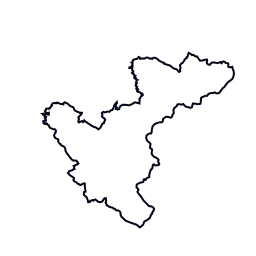 the district of Dungu, Orientale, Democratic Republic of the Congo, rotated 107°
{"feature_id": "63176286B6974395638231", "entity_name": "Dungu", "entity_type": "district", "adm_level": 2, "iso_a3": "COD", "parent_name": "Democratic Republic of the Congo", "parent_adm1": "Orientale", "projection": "robinson", "projection_center": [28.274, 4.004], "detail": "fine", "context": "isolated", "style": "outline", "palette": "ink", "viewbox_px": 256, "rotation_deg": 107, "n_neighbors": 0, "source": "geoboundaries", "source_scale": "gbopen_adm2", "svg_char_len": 5805}
<svg xmlns="http://www.w3.org/2000/svg" viewBox="0 0 256 256"><g transform="rotate(107 128 128)"><path d="M56.9,138.5L59.0,139.4L61.2,142.9L62.2,142.9L62.7,143.2L63.9,142.8L64.4,143.6L65.0,142.5L66.4,142.2L66.6,142.4L67.0,141.8L68.0,141.7L68.3,142.7L68.7,142.8L69.3,143.9L69.7,144.4L70.2,144.3L69.7,142.6L69.2,142.1L69.7,141.7L69.8,141.3L71.4,140.9L72.0,139.7L72.5,140.0L73.1,139.6L73.6,139.9L73.8,139.5L74.2,140.1L74.8,139.2L74.5,138.5L75.7,137.6L76.1,136.8L76.0,136.3L76.8,136.5L77.2,135.9L77.7,136.8L78.5,136.4L78.5,135.8L78.8,135.5L78.6,134.9L79.2,133.9L79.3,133.2L79.8,133.8L81.6,133.6L81.8,133.2L82.1,133.5L82.8,132.8L83.8,133.3L84.3,132.7L85.0,132.6L85.2,132.9L85.9,132.2L86.1,131.3L88.0,131.6L88.2,131.3L87.5,130.7L87.8,130.1L88.0,130.4L88.4,130.2L89.0,130.5L89.6,129.8L90.3,129.9L90.4,129.6L89.9,129.4L89.8,128.8L90.4,128.1L90.5,126.5L91.5,125.1L90.9,124.4L91.1,124.1L91.5,124.2L92.2,123.5L93.1,124.3L93.5,124.2L93.9,124.8L96.4,125.2L97.0,125.6L97.9,125.0L101.2,124.3L101.3,128.3L101.7,129.2L104.3,131.4L106.1,133.8L106.4,136.9L107.1,138.1L107.0,139.4L109.2,141.7L110.3,142.0L112.5,142.0L113.3,143.1L113.4,143.8L112.9,144.5L113.0,144.7L112.3,144.5L112.4,145.2L111.4,145.2L111.1,145.8L110.8,145.8L109.9,146.4L108.4,146.4L107.6,145.8L106.6,146.3L110.2,147.8L113.0,147.7L115.4,148.3L116.1,149.6L117.9,150.5L118.1,151.8L119.9,155.1L119.8,156.3L121.3,157.4L122.7,156.3L124.5,156.4L125.2,155.3L125.8,153.2L126.6,152.7L126.9,152.1L129.3,152.6L130.1,152.3L131.3,153.7L135.2,154.4L136.6,154.9L137.9,155.9L136.8,159.1L137.0,160.3L136.5,163.2L134.2,170.8L133.5,172.1L135.0,172.2L135.6,172.8L134.8,173.7L135.7,175.2L137.0,176.5L136.4,177.5L133.9,177.5L132.9,178.3L132.1,178.1L131.8,178.5L128.5,176.6L126.9,176.5L127.0,177.5L127.7,178.2L127.3,179.5L127.2,182.3L126.6,184.3L124.6,186.0L124.0,187.1L124.1,189.0L122.3,193.2L121.9,196.0L122.8,196.8L124.3,196.7L124.7,200.3L124.3,202.4L124.6,203.4L125.1,203.3L125.5,204.1L125.3,204.5L125.4,205.4L126.4,207.1L128.1,207.8L128.5,207.8L128.9,207.3L129.4,207.8L131.7,208.3L131.7,208.9L132.9,209.3L132.7,209.9L133.4,211.9L135.3,211.9L136.0,212.4L136.5,211.7L137.6,211.2L137.2,209.5L136.5,208.2L138.3,207.6L138.6,209.9L139.4,210.8L139.1,211.4L138.9,212.9L139.4,213.8L139.6,213.0L140.2,212.8L140.8,211.2L142.0,210.8L141.5,209.6L142.2,209.6L143.0,210.0L143.7,209.8L144.4,208.6L144.9,208.6L145.2,209.3L145.8,209.6L146.1,210.2L145.9,210.8L146.3,211.1L146.6,211.1L146.8,210.2L148.1,210.2L148.4,209.5L148.4,208.2L147.5,208.1L147.3,207.6L147.7,206.5L148.2,206.2L148.6,204.4L150.0,203.6L150.8,201.9L150.9,198.8L150.6,197.7L151.3,196.3L151.9,196.0L153.4,196.2L153.7,195.9L154.4,196.4L157.0,196.5L158.9,194.6L159.2,191.6L159.8,191.1L161.3,190.9L163.0,188.7L163.2,187.6L163.7,187.5L164.2,186.4L164.3,184.4L165.1,182.9L166.0,182.0L168.1,181.1L169.6,179.6L174.6,172.7L174.7,171.8L175.1,171.2L174.3,167.8L175.4,166.1L175.9,166.1L176.6,165.1L178.0,166.1L178.7,167.5L179.7,167.9L180.1,168.6L180.4,168.0L182.2,167.9L182.9,167.2L183.5,168.2L184.4,168.7L186.5,171.6L188.3,171.9L188.6,172.2L190.0,170.1L191.5,165.1L192.3,164.7L193.3,165.1L193.8,164.9L194.6,164.0L195.2,161.2L196.1,159.3L196.1,158.2L196.5,157.6L196.4,156.5L195.6,156.1L195.3,155.4L194.2,154.7L193.7,153.7L193.8,153.0L196.4,152.3L201.3,150.0L202.2,151.4L204.8,150.7L206.5,147.1L209.4,145.0L210.6,144.4L210.0,143.0L208.6,142.8L207.7,141.1L207.3,140.9L207.5,139.8L206.8,139.6L205.9,138.3L207.3,134.9L207.0,132.6L206.3,131.7L205.0,130.9L202.0,129.9L201.6,128.7L204.1,127.6L205.1,127.4L205.6,127.7L206.6,127.0L207.2,126.1L208.1,125.9L208.4,124.1L208.9,122.9L208.7,119.5L209.3,118.0L209.1,116.9L209.6,116.5L210.2,115.0L209.7,113.1L210.1,111.6L211.4,110.3L213.4,109.6L214.8,108.2L217.2,103.4L217.6,100.6L218.0,91.5L219.6,87.7L216.3,85.3L212.8,85.1L210.3,82.7L207.6,80.8L204.0,80.6L203.3,80.0L200.5,79.9L199.4,79.3L197.8,79.4L196.6,80.7L196.1,82.7L196.6,84.9L192.7,92.1L189.9,95.3L187.2,99.3L186.2,100.3L183.9,99.9L182.8,101.4L182.6,102.3L180.2,103.1L179.2,102.9L178.0,101.8L176.2,99.6L175.4,97.8L174.5,97.6L172.6,97.9L172.2,97.5L172.6,96.2L172.2,95.8L171.0,95.7L170.1,95.1L168.9,93.4L168.4,93.3L166.7,94.0L162.8,94.1L161.6,94.0L159.4,93.0L156.0,93.4L155.3,92.8L155.3,92.1L155.8,91.5L155.4,89.7L154.4,87.9L153.3,87.5L151.5,89.3L149.5,89.5L149.0,89.9L148.1,92.6L148.0,94.6L146.5,97.1L145.3,98.0L141.7,98.6L141.1,99.2L140.9,100.5L140.4,101.3L136.7,101.8L136.0,102.5L134.9,105.3L134.0,106.6L133.0,107.0L132.3,107.7L129.8,108.1L128.0,106.9L126.9,105.7L126.4,104.3L125.0,104.1L123.7,104.6L119.8,104.9L118.8,104.8L116.4,103.6L113.6,100.1L112.6,97.3L111.5,96.6L109.2,97.2L106.2,95.0L105.8,93.7L105.6,90.1L104.7,89.3L103.0,89.1L102.6,89.4L100.3,88.6L97.8,89.7L96.0,89.8L92.3,87.6L91.6,87.8L91.0,87.6L90.4,86.5L89.8,83.1L88.9,82.2L90.6,79.4L90.5,74.5L89.6,73.0L85.6,73.1L84.9,69.6L85.1,69.0L83.9,66.1L83.4,65.9L82.0,66.0L78.0,66.9L76.5,66.0L76.2,65.2L74.7,63.5L74.0,61.6L71.8,61.0L70.1,58.4L70.0,57.3L68.6,55.5L69.0,53.6L68.7,52.4L68.0,51.4L67.0,50.7L62.3,49.1L60.9,48.0L55.5,46.1L50.8,42.7L47.9,42.2L45.1,42.6L42.7,43.6L41.0,45.1L39.0,46.1L40.2,48.3L40.1,50.2L37.4,50.7L36.9,51.2L37.2,53.8L36.6,54.5L36.4,56.2L37.5,57.2L38.7,57.3L38.7,57.8L37.8,58.7L39.8,61.4L40.2,65.2L40.8,66.6L41.7,67.5L43.3,68.0L43.8,68.5L43.8,69.9L43.1,71.4L41.5,72.1L39.9,72.1L39.5,72.3L40.2,74.6L41.3,75.8L42.6,78.8L39.4,82.9L39.7,83.7L39.7,85.2L38.9,86.6L39.6,88.2L39.0,89.2L38.4,91.9L40.2,92.1L41.9,91.8L42.8,92.5L43.4,92.1L45.8,93.9L46.5,93.8L49.2,94.6L50.0,95.0L50.6,95.8L52.7,96.6L53.1,96.6L54.5,95.6L56.9,95.3L58.0,94.7L58.5,94.7L59.4,95.3L59.4,95.8L57.7,98.5L57.6,102.1L56.0,106.0L56.0,112.2L55.2,112.5L55.3,113.8L54.3,118.7L53.5,119.6L52.9,122.6L53.5,124.4L54.8,124.9L54.9,125.7L54.7,126.1L55.3,127.5L54.9,129.2L55.1,130.6L55.5,131.3L57.0,132.8L57.1,134.4L57.9,135.5L58.3,136.9L57.2,137.3L56.9,138.5Z" fill="none" stroke="#020617" stroke-width="2"/></g></svg>